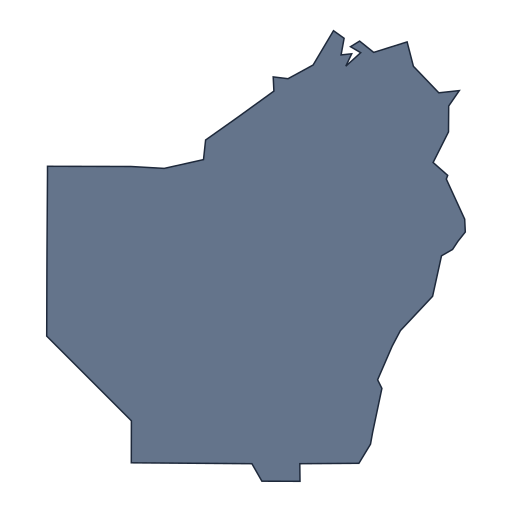 the district of Ouachita, Louisiana, United States of America
{"feature_id": "52423323B30990812518613", "entity_name": "Ouachita", "entity_type": "district", "adm_level": 2, "iso_a3": "USA", "parent_name": "United States of America", "parent_adm1": "Louisiana", "projection": "orthographic", "projection_center": [-92.094, 32.491], "detail": "fine", "context": "isolated", "style": "filled", "palette": "slate", "viewbox_px": 512, "rotation_deg": 0, "n_neighbors": 0, "source": "geoboundaries", "source_scale": "gbopen_adm2", "svg_char_len": 746}
<svg xmlns="http://www.w3.org/2000/svg" viewBox="0 0 512 512"><path d="M131.3,462.8L251.9,463.7L261.9,481.2L300.0,481.3L299.8,463.7L358.9,463.3L370.5,444.2L372.6,432.5L381.9,388.4L377.6,379.8L392.2,346.1L400.4,330.6L432.6,296.3L441.5,255.8L452.6,249.4L458.0,241.2L465.3,232.0L464.7,219.2L446.3,179.1L447.7,175.4L433.1,162.5L448.5,131.9L448.7,106.0L459.3,90.6L438.8,92.8L413.4,66.3L407.1,41.9L373.7,52.4L359.6,41.1L350.5,46.7L360.7,52.7L345.8,66.2L351.7,53.8L341.1,54.9L344.1,38.3L333.5,30.7L313.1,65.0L288.0,78.7L273.2,76.9L273.9,91.1L236.7,118.0L205.6,140.0L203.5,159.6L164.2,168.4L131.1,166.5L47.5,166.3L47.5,173.4L47.0,251.0L46.9,274.4L46.7,336.1L122.8,412.2L131.4,420.8L131.3,462.8Z" fill="#64748b" stroke="#1e293b" stroke-width="1.5"/></svg>